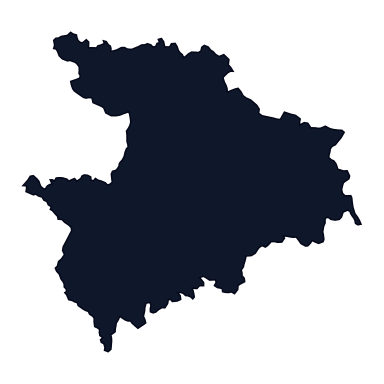 outline of Inácio Martins, Paraná, Brazil
{"feature_id": "56859067B63299144707636", "entity_name": "Inácio Martins", "entity_type": "district", "adm_level": 2, "iso_a3": "BRA", "parent_name": "Brazil", "parent_adm1": "Paraná", "projection": "orthographic", "projection_center": [-51.211, -25.645], "detail": "fine", "context": "isolated", "style": "filled", "palette": "ink", "viewbox_px": 384, "rotation_deg": 0, "n_neighbors": 0, "source": "geoboundaries", "source_scale": "gbopen_adm2", "svg_char_len": 5154}
<svg xmlns="http://www.w3.org/2000/svg" viewBox="0 0 384 384"><path d="M361.0,224.2L359.5,220.6L357.6,217.3L354.9,213.6L352.9,207.1L352.1,201.5L351.8,198.0L350.8,195.7L345.0,195.8L342.5,193.3L341.6,189.8L342.2,186.8L343.3,182.8L345.5,181.1L348.9,178.8L349.6,176.0L348.2,172.9L347.1,170.7L343.7,171.0L340.1,169.9L337.7,169.2L336.9,166.3L335.8,163.5L333.7,160.8L331.3,159.8L328.8,157.6L329.1,154.5L329.9,151.9L330.2,149.0L332.1,146.3L335.3,144.8L337.5,142.0L341.0,137.8L342.4,135.4L344.2,132.3L341.9,130.3L338.1,130.1L333.7,129.6L330.0,128.7L327.5,127.4L325.4,126.2L321.0,128.1L318.5,128.4L315.3,127.9L310.8,127.8L307.8,123.2L304.2,122.6L299.7,125.0L299.6,122.2L300.2,118.9L295.6,115.4L290.6,114.2L284.4,112.1L280.3,119.5L276.7,119.1L273.7,118.2L262.3,115.8L258.6,113.3L259.2,109.2L256.9,105.4L253.4,102.3L250.4,99.8L246.1,98.0L243.1,95.7L240.9,91.7L238.1,88.3L234.9,89.1L230.8,90.7L227.3,92.2L227.0,88.3L226.0,85.4L224.3,82.1L222.9,77.5L227.6,72.8L230.5,71.2L233.1,71.3L230.6,67.3L228.3,64.8L228.9,59.5L223.8,54.6L219.2,56.5L215.7,54.5L213.1,51.6L210.6,50.1L208.3,47.0L204.3,45.4L201.8,47.2L200.9,51.0L198.5,52.5L195.6,52.3L191.6,52.1L188.4,53.9L186.3,55.9L183.7,57.7L182.3,54.6L180.4,53.1L178.4,50.6L177.2,46.8L175.2,43.4L171.4,43.7L169.6,47.0L164.7,46.8L163.6,41.6L161.4,38.5L158.3,39.4L159.6,42.7L157.0,43.4L155.8,46.4L152.9,47.0L150.8,44.8L147.4,43.7L144.9,44.8L141.5,45.0L138.6,46.6L131.7,49.4L127.5,49.1L124.4,47.5L121.3,47.6L116.9,49.9L113.3,51.0L110.7,51.2L111.0,48.4L110.3,46.1L108.2,44.6L106.3,41.6L103.4,40.8L104.3,43.5L100.8,45.1L97.9,45.8L96.5,47.9L90.7,47.7L88.5,48.0L88.7,42.1L86.3,39.7L82.6,42.8L80.2,42.4L78.0,40.5L77.0,37.9L76.4,34.9L73.1,34.0L70.6,32.3L67.4,35.4L61.3,36.4L58.4,38.1L55.9,38.2L53.7,40.3L54.6,45.1L53.7,48.5L56.2,49.1L57.4,51.1L59.2,55.8L62.4,58.9L67.5,60.9L69.9,60.4L75.4,62.4L77.7,64.7L79.2,67.0L79.3,70.4L79.0,73.5L80.3,75.7L79.7,78.1L76.6,79.4L70.7,81.4L71.4,84.8L72.7,88.7L74.3,90.9L78.0,93.6L83.3,97.3L85.9,98.1L88.5,97.6L92.0,97.8L93.0,102.6L101.0,106.1L103.7,107.7L104.8,110.5L105.8,112.9L111.2,115.7L116.3,115.7L120.0,115.0L123.5,113.6L128.6,111.8L129.7,114.3L130.3,118.1L130.8,121.8L130.0,125.2L128.6,128.0L126.5,131.1L127.0,134.7L127.0,141.4L127.9,144.5L128.1,147.2L126.4,148.8L125.1,152.3L124.2,156.4L122.5,159.7L119.4,163.3L119.0,166.1L117.7,168.2L116.2,170.2L112.5,171.3L111.3,174.1L111.9,179.5L112.3,182.3L109.6,184.4L107.3,185.0L105.4,182.8L101.7,181.2L97.8,180.1L95.4,178.4L93.3,181.0L90.9,179.8L90.7,176.9L87.6,175.3L84.3,174.9L82.0,176.0L80.8,178.5L76.8,181.2L74.6,178.5L72.1,179.5L68.9,181.1L67.0,179.2L62.6,177.9L59.2,177.7L56.2,178.0L54.5,180.9L52.4,179.8L50.2,179.8L52.1,184.1L49.7,184.5L47.4,185.9L45.0,189.3L42.8,188.2L40.8,186.4L39.8,184.1L38.9,181.3L36.9,178.9L35.0,177.2L33.4,175.7L30.3,176.2L28.0,179.9L25.2,183.2L23.0,185.6L26.4,185.8L26.6,188.3L26.0,191.6L33.3,194.8L35.9,194.2L38.5,196.0L42.1,197.1L44.0,200.3L46.8,201.4L48.3,204.8L51.3,206.8L50.3,209.4L52.4,210.6L55.5,214.2L57.6,216.4L58.1,219.2L62.0,219.5L64.5,222.2L68.8,225.1L71.2,227.5L71.7,230.6L66.5,240.6L63.2,246.8L62.6,250.6L64.5,254.6L61.3,259.2L58.6,261.4L57.4,266.1L55.3,268.1L56.6,271.2L59.3,274.2L61.2,279.3L63.0,281.5L64.1,283.8L64.3,287.2L66.1,288.8L66.6,291.4L64.8,292.7L66.7,294.8L68.7,299.7L72.2,300.5L74.5,301.8L77.2,302.6L78.2,305.6L80.5,307.2L82.7,308.8L85.4,310.4L88.3,311.4L89.6,314.2L92.7,316.2L94.2,318.3L94.1,321.9L94.7,326.6L97.4,327.8L99.7,329.6L99.3,332.3L99.9,335.6L102.8,337.6L100.5,339.8L101.3,342.4L103.8,343.6L105.0,347.6L104.5,350.3L108.2,351.7L110.9,349.3L111.6,341.4L111.5,338.1L110.8,334.7L112.8,333.6L115.1,331.8L115.3,328.7L115.9,325.6L116.2,323.1L118.3,319.7L119.7,316.4L123.1,318.5L125.1,319.9L128.0,321.0L130.6,321.0L132.1,323.2L136.2,326.8L137.9,328.3L143.7,324.4L145.7,322.9L144.8,319.4L143.4,316.3L144.6,311.0L144.8,307.8L146.0,303.1L150.0,302.5L151.0,305.4L150.3,308.6L150.4,311.8L153.1,312.9L155.7,312.1L158.4,309.7L161.9,307.6L164.9,307.8L167.6,303.6L168.3,299.6L170.7,299.5L172.3,301.5L177.3,301.0L180.7,299.4L180.2,295.7L177.9,292.9L180.7,292.4L183.3,293.4L185.6,295.6L187.8,295.7L190.7,296.9L192.8,298.9L194.3,297.0L193.8,294.0L193.1,290.8L192.2,288.1L196.9,288.6L199.5,285.7L203.6,285.7L203.6,282.5L199.6,277.5L203.6,276.3L206.4,278.0L209.6,280.1L215.4,279.8L216.2,282.4L214.4,285.6L217.5,287.6L219.9,288.0L222.2,288.4L222.6,291.7L225.6,292.4L228.8,292.5L231.5,291.9L234.5,293.7L237.7,289.6L238.0,285.6L240.1,284.1L244.7,281.7L244.2,278.2L242.0,275.7L242.0,272.9L241.2,270.0L243.4,266.9L243.9,264.3L244.9,261.2L246.1,256.0L249.1,255.8L251.4,255.6L255.3,253.2L257.9,249.1L259.4,247.3L262.2,245.6L265.3,247.1L267.3,245.8L269.0,244.1L271.2,241.6L274.5,241.6L277.6,242.3L281.8,242.1L284.5,238.2L283.2,236.2L286.4,236.1L289.7,236.8L293.1,237.3L296.2,237.0L298.7,240.3L301.0,243.6L305.6,246.1L307.9,245.8L310.6,242.9L312.1,240.5L314.7,241.8L318.6,243.4L323.1,241.7L323.9,239.4L323.3,234.6L322.7,231.9L323.6,226.4L325.1,222.9L325.0,219.7L326.2,217.4L328.6,217.6L330.9,219.4L335.1,220.1L339.3,219.4L341.5,217.0L343.1,212.1L347.4,210.2L349.9,211.2L350.8,213.7L352.3,216.1L353.8,218.1L354.9,220.2L355.5,223.4L357.8,224.8L361.0,224.2Z" fill="#0f172a" stroke="#020617" stroke-width="1.5"/></svg>